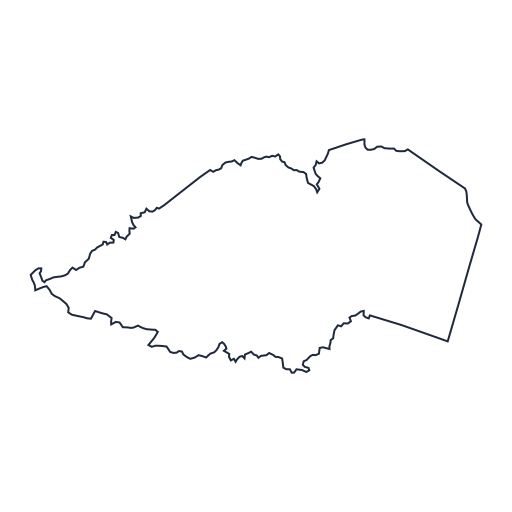 Irati, Paraná, Brazil
{"feature_id": "56859067B75703709813963", "entity_name": "Irati", "entity_type": "district", "adm_level": 2, "iso_a3": "BRA", "parent_name": "Brazil", "parent_adm1": "Paraná", "projection": "albers", "projection_center": [-50.894, -25.488], "detail": "fine", "context": "isolated", "style": "outline", "palette": "slate", "viewbox_px": 512, "rotation_deg": 0, "n_neighbors": 0, "source": "geoboundaries", "source_scale": "gbopen_adm2", "svg_char_len": 3667}
<svg xmlns="http://www.w3.org/2000/svg" viewBox="0 0 512 512"><path d="M465.0,188.5L438.7,170.8L407.8,149.4L404.9,151.1L402.0,151.2L399.1,151.2L396.2,150.8L394.0,148.6L389.7,148.6L384.5,148.2L381.3,146.5L377.2,146.7L374.2,149.0L370.5,149.8L367.6,149.7L365.5,147.6L364.4,144.5L364.5,142.0L364.4,139.3L361.7,139.7L345.8,144.4L328.9,150.1L327.9,153.6L326.4,156.8L324.8,160.2L322.2,162.7L319.1,163.4L316.6,161.3L315.7,164.9L313.6,167.7L315.6,173.8L317.8,176.2L320.3,178.3L318.5,182.2L316.8,184.3L319.4,188.8L317.2,192.3L316.2,189.4L314.0,186.2L308.0,182.9L306.7,178.1L306.1,174.0L303.5,172.1L299.1,171.6L296.8,170.1L293.9,170.2L291.1,168.4L288.3,167.4L285.6,165.0L284.5,162.2L282.1,161.6L280.2,159.1L280.0,156.4L278.3,154.4L275.1,156.5L272.2,155.8L269.0,157.2L266.3,156.6L263.7,157.5L261.7,158.7L258.3,158.9L254.7,157.7L251.5,156.9L248.7,158.7L245.3,159.9L242.8,160.7L241.4,163.0L240.6,165.3L237.6,163.2L234.4,160.2L231.7,161.5L228.8,161.8L225.5,162.5L222.4,165.0L221.2,168.2L218.8,169.6L216.0,170.2L213.2,171.8L210.1,170.0L200.3,176.9L177.5,194.7L164.0,205.3L159.0,208.6L156.8,207.8L154.9,210.2L152.5,211.6L149.3,211.3L146.4,208.7L144.7,212.3L140.7,213.2L140.8,216.0L138.1,217.6L133.7,217.9L130.8,216.4L132.1,222.1L133.6,225.2L135.5,227.3L133.6,228.7L129.6,228.2L129.4,230.9L129.7,233.7L126.6,236.7L125.4,239.3L122.8,237.8L119.3,237.0L118.1,233.0L115.8,231.9L114.5,235.0L111.9,235.0L110.8,237.9L113.8,240.0L113.4,242.6L109.7,242.7L107.2,244.5L106.1,242.0L103.5,241.7L102.7,244.5L99.9,246.0L97.1,247.5L95.1,249.6L92.0,250.9L90.2,253.7L88.7,258.9L85.0,262.2L83.3,266.7L79.4,267.8L76.1,270.0L72.5,267.6L70.1,270.0L67.8,273.7L65.2,275.2L61.4,276.4L57.5,276.8L53.4,277.4L50.0,278.9L46.0,280.3L44.5,282.2L42.4,280.7L41.3,277.6L39.6,273.2L41.0,271.3L41.3,268.4L38.7,268.3L35.6,270.0L30.7,274.9L32.2,279.7L34.0,283.1L35.0,286.2L35.3,290.3L39.0,288.7L43.3,287.0L46.6,286.2L49.5,289.7L51.8,293.9L55.0,296.2L59.5,298.2L62.7,300.8L66.4,304.0L68.7,307.9L68.2,312.3L72.0,314.8L84.0,317.3L87.1,318.3L90.9,318.7L95.1,311.0L101.6,313.1L106.9,314.4L111.6,318.0L111.1,321.5L111.2,324.4L115.9,321.9L119.6,322.5L122.8,327.2L127.5,327.4L130.9,327.9L133.5,327.6L138.0,325.6L140.2,326.8L142.9,328.1L146.7,329.2L151.3,329.6L155.3,329.8L157.8,331.9L155.9,335.2L154.4,337.7L150.8,342.1L148.4,345.0L151.7,346.8L155.5,345.7L159.9,345.8L166.5,346.5L168.6,349.5L170.1,351.9L173.3,352.9L176.5,352.7L179.2,351.0L182.0,351.6L183.3,354.4L186.6,356.9L190.2,358.8L194.4,357.7L198.6,355.2L202.3,356.1L206.1,357.5L210.2,353.7L214.2,352.3L216.3,350.3L218.4,347.2L219.5,343.9L222.2,342.2L224.2,344.0L225.6,346.2L226.4,348.7L223.9,350.8L226.5,352.3L229.3,354.0L229.0,356.8L230.8,360.4L233.9,358.8L235.6,361.8L237.0,359.4L239.5,356.8L242.1,356.0L244.5,358.4L244.9,354.6L248.3,353.1L251.2,351.7L253.9,354.6L256.8,355.5L258.4,357.8L260.9,355.9L266.3,355.2L269.2,353.0L273.2,355.0L275.6,356.9L278.4,357.0L282.1,358.5L282.8,362.9L283.3,367.6L286.2,369.2L289.9,369.3L291.7,372.7L294.0,372.7L296.5,369.3L302.0,370.0L306.3,372.0L309.3,370.3L308.5,367.9L304.7,366.8L302.8,364.8L303.7,361.3L306.6,360.0L310.1,356.3L312.6,354.9L315.7,355.1L318.9,353.7L319.7,347.9L323.0,347.3L329.5,349.0L329.4,346.4L330.4,343.0L330.7,340.0L333.1,338.4L333.6,334.8L334.5,330.2L337.9,325.3L341.1,326.3L343.7,323.3L347.8,323.5L350.9,321.3L349.5,317.6L351.6,316.1L355.4,315.5L358.8,313.1L360.7,311.6L363.7,310.9L363.6,315.4L365.7,317.3L368.7,318.4L369.9,315.4L401.7,325.1L439.9,338.6L447.7,341.4L454.1,319.4L459.2,301.9L469.2,266.8L478.0,236.8L481.3,224.5L478.3,221.8L475.6,219.4L473.2,215.6L471.5,212.4L469.6,208.4L467.8,204.4L467.1,201.9L467.0,198.7L466.7,194.3L466.3,191.4L465.0,188.5Z" fill="none" stroke="#1e293b" stroke-width="2"/></svg>